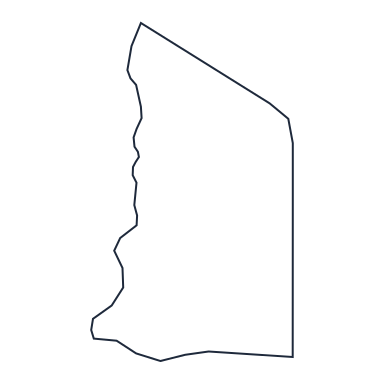 SVG path tracing the border of Katakwi
{"feature_id": "UGA-3122", "entity_name": "Katakwi", "entity_type": "County", "adm_level": 1, "iso_a3": "UGA", "parent_name": "Uganda", "parent_adm1": "", "projection": "mercator", "projection_center": [33.928, 1.964], "detail": "fine", "context": "isolated", "style": "outline", "palette": "slate", "viewbox_px": 384, "rotation_deg": 0, "n_neighbors": 0, "source": "natural_earth", "source_scale": "10m", "svg_char_len": 574}
<svg xmlns="http://www.w3.org/2000/svg" viewBox="0 0 384 384"><path d="M93.0,318.8L111.7,305.5L123.2,287.5L122.5,268.0L114.2,250.7L120.2,238.0L136.6,225.3L137.1,215.5L134.3,205.1L136.5,182.7L132.7,175.2L133.0,167.0L135.7,161.9L138.9,157.0L137.9,151.8L134.5,146.7L133.6,137.4L136.6,128.9L141.6,118.1L140.9,106.7L136.1,84.9L130.5,78.4L127.4,70.1L131.5,46.1L140.9,23.0L269.7,103.4L288.3,118.8L292.8,143.1L292.8,196.6L292.7,357.0L208.6,351.5L185.1,354.8L160.4,361.0L136.1,353.4L116.6,340.7L93.8,338.6L91.2,330.0L93.0,318.8Z" fill="none" stroke="#1e293b" stroke-width="2"/></svg>